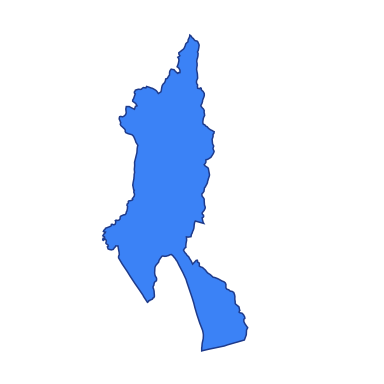 outline of Citlaltépetl, Veracruz, Mexico, rotated 195°
{"feature_id": "50627088B61699317845767", "entity_name": "Citlaltépetl", "entity_type": "district", "adm_level": 2, "iso_a3": "MEX", "parent_name": "Mexico", "parent_adm1": "Veracruz", "projection": "albers", "projection_center": [-97.89, 21.337], "detail": "fine", "context": "isolated", "style": "filled", "palette": "blue", "viewbox_px": 384, "rotation_deg": 195, "n_neighbors": 0, "source": "geoboundaries", "source_scale": "gbopen_adm2", "svg_char_len": 6100}
<svg xmlns="http://www.w3.org/2000/svg" viewBox="0 0 384 384"><g transform="rotate(195 192 192)"><path d="M277.6,257.5L277.4,255.0L276.0,251.4L276.2,249.5L277.2,247.8L278.5,246.6L280.4,246.6L281.4,246.0L281.4,244.4L281.0,243.3L280.2,242.5L278.8,240.5L278.8,238.8L277.8,237.7L276.0,236.8L273.3,235.3L272.5,234.5L272.2,233.2L271.3,232.2L268.8,231.8L264.9,231.8L263.3,231.0L262.2,229.9L260.3,227.5L259.1,225.6L256.4,223.1L256.4,221.5L256.2,219.8L255.4,215.8L255.2,205.9L254.2,202.6L253.6,199.0L252.5,196.1L252.4,193.9L252.0,192.3L251.8,190.9L251.6,190.2L251.3,185.9L251.0,183.3L250.4,182.1L248.8,178.8L248.2,178.7L248.3,177.4L248.1,176.6L247.0,175.1L246.7,173.0L247.0,172.5L247.1,171.9L247.7,170.6L247.9,169.9L247.3,169.3L247.8,168.6L248.8,167.9L250.8,167.0L251.1,166.4L250.7,165.0L251.0,164.1L251.5,163.6L251.4,162.3L250.7,161.7L250.4,161.2L250.4,160.6L250.1,159.2L250.0,157.2L250.0,156.6L250.3,155.6L250.1,154.2L250.9,152.7L252.2,152.2L254.6,150.2L254.9,149.6L254.5,147.3L255.4,145.8L256.4,145.3L257.5,145.3L258.3,145.0L258.7,144.4L258.0,143.8L257.8,142.4L257.9,141.0L258.7,140.3L259.7,140.0L260.8,140.2L261.5,139.8L261.3,138.6L261.8,137.8L264.2,136.0L266.2,134.6L266.4,133.3L267.2,132.2L267.4,130.9L266.4,130.7L265.2,130.9L265.3,130.2L266.4,128.2L266.8,126.6L264.9,126.0L264.5,124.9L265.9,124.3L265.9,122.7L265.2,122.3L264.3,123.4L263.5,123.9L262.4,123.2L262.0,122.4L262.0,120.4L261.4,119.8L259.6,119.2L258.8,118.1L259.6,117.2L258.3,115.3L256.9,115.1L254.9,115.2L253.2,116.2L252.7,117.7L252.0,118.9L251.7,120.2L249.5,120.7L248.2,117.7L246.7,114.7L246.0,112.6L246.3,111.0L245.9,109.4L240.8,104.4L233.8,98.3L229.9,94.6L223.6,89.0L217.9,84.2L212.4,79.4L211.8,78.6L206.5,73.9L205.8,74.7L205.6,75.8L204.7,76.2L204.6,76.7L203.4,77.5L202.5,78.3L202.3,79.4L201.5,80.1L201.3,81.4L201.7,82.8L202.3,84.4L203.0,86.5L204.2,88.7L204.8,89.3L205.1,90.8L204.7,92.2L204.9,93.2L204.9,94.9L204.2,96.2L203.4,97.0L203.5,98.1L203.8,99.2L204.3,100.1L205.6,101.2L206.5,102.6L207.2,104.3L208.3,109.5L208.0,111.6L206.1,115.6L206.1,117.6L205.3,120.0L204.4,122.2L203.7,122.6L201.6,122.8L199.9,123.5L199.6,123.8L198.2,124.6L197.1,125.7L195.7,126.3L193.5,125.2L192.4,124.3L191.1,123.5L189.2,121.7L188.7,121.5L185.4,117.7L180.0,111.9L175.1,106.0L173.9,104.0L164.5,89.9L161.5,85.1L159.3,81.1L155.4,74.7L150.6,67.4L145.9,61.0L144.8,58.8L144.2,57.4L143.8,56.0L143.2,53.2L143.0,48.7L142.7,46.7L142.4,45.3L142.3,44.0L141.5,41.0L140.3,41.7L135.3,44.4L121.0,51.6L117.9,53.7L103.1,62.6L102.6,68.1L103.6,72.8L103.1,75.2L103.2,75.6L104.0,76.0L107.0,78.6L108.4,80.3L109.0,82.5L108.2,83.6L108.7,84.8L110.5,86.8L112.4,87.9L114.0,87.7L115.3,88.0L115.5,89.2L115.1,89.9L115.8,91.0L116.9,93.2L120.6,94.9L121.4,95.5L122.0,97.5L122.9,99.5L123.5,102.1L124.3,103.8L125.7,105.8L127.7,106.4L129.2,106.1L131.3,107.1L133.1,107.1L134.5,108.3L135.3,111.5L136.3,112.8L137.5,113.4L138.1,113.6L140.0,113.8L143.9,114.8L145.9,115.1L148.0,115.3L149.5,115.1L152.9,116.9L156.0,117.9L157.7,119.1L158.6,119.9L162.3,121.8L164.3,121.9L165.8,122.4L166.4,124.8L166.9,125.4L168.4,125.7L168.8,126.9L169.3,127.5L170.3,127.0L172.7,122.5L175.3,125.5L176.5,126.5L178.6,128.7L180.2,129.4L181.9,130.9L182.9,131.4L184.3,132.7L185.2,133.7L184.8,134.9L184.3,136.1L184.0,136.6L183.6,136.9L184.1,138.6L184.5,141.0L184.7,144.1L185.8,147.2L184.1,147.4L181.4,148.6L181.6,150.9L181.2,152.4L181.2,154.0L180.9,155.5L180.8,157.2L181.0,158.8L181.4,160.9L181.6,163.1L181.3,164.8L172.5,164.7L173.5,165.7L174.8,168.1L175.5,169.6L175.0,170.2L174.5,170.8L174.4,171.4L174.9,172.6L176.1,173.1L176.8,174.2L176.5,175.2L175.9,176.5L175.5,177.4L175.4,178.2L175.1,179.3L175.2,180.5L175.7,181.5L176.5,182.5L178.0,186.8L178.4,188.3L179.6,189.5L181.0,190.4L181.7,191.7L181.9,192.9L181.1,194.3L180.6,195.9L180.8,196.8L180.8,197.5L181.0,198.9L181.0,199.6L180.4,200.3L180.2,201.9L179.9,202.6L179.5,204.9L179.7,206.3L179.6,207.2L179.6,209.1L179.4,212.2L179.6,213.3L182.4,219.1L183.3,219.7L184.4,220.0L186.5,220.8L187.3,221.6L187.0,222.1L186.7,222.9L186.3,224.0L186.5,225.3L186.9,226.3L186.8,226.9L185.9,227.2L185.0,227.9L183.6,229.4L182.7,230.4L181.5,234.2L181.2,235.7L181.2,237.1L182.4,238.5L183.0,239.4L183.0,240.8L182.9,242.0L184.6,243.8L186.2,248.1L186.0,250.9L186.6,253.2L186.0,254.3L186.2,256.0L186.9,256.1L188.5,256.6L190.3,256.9L191.9,257.5L193.2,258.2L194.3,259.0L195.7,259.2L197.2,260.3L198.5,260.3L199.3,261.3L199.8,263.0L200.1,265.8L200.0,267.5L199.6,269.1L200.3,270.9L200.9,272.0L201.3,273.9L202.5,275.2L203.5,275.7L205.3,277.0L205.8,277.8L205.3,280.5L205.3,282.4L205.5,283.4L205.1,287.1L205.1,288.4L205.4,289.5L205.7,290.4L207.3,292.0L209.1,292.9L209.7,293.8L209.9,294.6L210.9,294.7L211.2,293.8L213.4,293.6L213.6,294.3L214.0,295.0L214.3,296.9L215.4,297.8L216.0,298.9L216.4,300.6L216.0,303.4L217.4,307.6L218.6,310.0L219.3,311.6L219.6,313.4L219.8,315.6L220.4,317.6L221.2,319.1L221.5,321.0L221.4,323.0L221.5,325.0L221.7,326.0L222.0,327.5L223.0,328.7L222.6,330.4L222.8,333.3L223.1,335.6L223.6,336.6L224.2,337.1L225.1,338.4L226.1,339.1L228.1,339.0L229.3,339.6L230.4,340.6L231.7,341.0L233.4,342.5L234.7,343.0L234.5,341.2L235.1,338.3L235.0,337.3L234.8,335.9L235.7,334.8L236.4,333.4L236.4,331.4L236.9,328.5L237.5,327.4L238.5,326.2L239.3,325.0L240.8,323.1L240.3,321.7L239.0,320.5L239.4,319.6L240.6,318.5L239.3,317.3L238.6,315.4L238.6,314.5L238.5,313.3L238.5,311.6L238.8,309.1L237.6,308.7L236.6,308.1L235.2,306.6L234.6,304.8L234.6,304.1L235.0,304.0L235.3,304.2L236.3,303.5L236.2,303.4L236.3,303.3L236.3,302.9L236.5,302.8L239.5,304.4L241.0,305.5L242.8,305.3L243.9,305.3L244.6,303.6L244.7,302.1L244.0,299.0L244.6,297.9L245.1,295.9L245.4,295.2L246.7,294.4L246.5,292.4L246.8,290.5L247.8,288.8L248.3,287.2L248.3,285.3L247.9,281.8L248.0,280.7L248.9,279.6L250.0,278.4L251.2,279.5L252.7,280.6L254.3,281.2L257.0,281.9L258.4,281.9L260.5,282.1L263.2,282.2L263.5,280.6L266.0,280.3L266.8,279.4L267.5,278.2L268.2,277.8L270.4,277.4L272.4,276.2L273.1,275.6L273.1,274.7L273.6,273.6L273.0,272.4L272.2,272.1L272.4,270.0L272.6,267.0L273.1,265.5L272.8,264.3L271.5,263.8L270.3,263.3L269.4,263.0L267.4,261.0L268.8,260.1L269.0,257.0L273.0,257.8L274.7,258.3L277.6,257.5Z" fill="#3b82f6" stroke="#1e3a8a" stroke-width="1.5"/></g></svg>